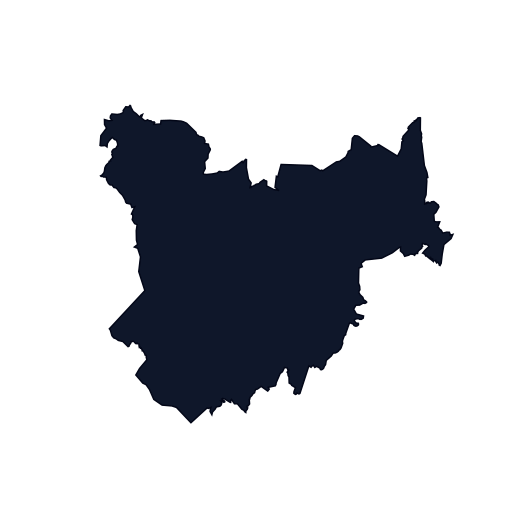 Taxco de Alarcón, Guerrero, Mexico, rotated 16°
{"feature_id": "50627088B64619334383932", "entity_name": "Taxco de Alarcón", "entity_type": "district", "adm_level": 2, "iso_a3": "MEX", "parent_name": "Mexico", "parent_adm1": "Guerrero", "projection": "mercator", "projection_center": [-99.586, 18.522], "detail": "fine", "context": "isolated", "style": "filled", "palette": "ink", "viewbox_px": 512, "rotation_deg": 16, "n_neighbors": 0, "source": "geoboundaries", "source_scale": "gbopen_adm2", "svg_char_len": 6091}
<svg xmlns="http://www.w3.org/2000/svg" viewBox="0 0 512 512"><g transform="rotate(16 256 256)"><path d="M206.8,425.2L216.5,423.3L221.3,423.5L239.4,434.2L250.9,415.5L252.1,415.7L254.4,414.0L254.3,415.4L254.7,418.1L257.3,420.7L257.2,418.0L258.9,414.5L259.5,412.0L262.7,410.4L263.6,408.8L263.6,406.5L262.1,405.1L263.4,404.8L265.3,405.5L266.1,405.0L266.1,404.5L265.3,403.9L262.9,403.4L262.4,403.0L263.1,402.1L265.0,402.0L271.6,403.8L272.0,403.7L271.5,401.6L272.0,400.6L276.0,404.0L278.9,403.2L284.6,407.2L286.9,407.7L288.1,408.8L289.3,409.2L289.0,407.6L289.8,405.9L289.9,404.3L289.3,404.2L288.8,402.8L289.7,402.3L290.6,400.0L289.0,395.6L289.5,395.1L289.1,393.8L290.6,391.1L290.9,389.6L292.3,387.8L292.2,385.7L292.6,384.3L294.1,383.5L296.9,379.9L304.5,382.6L305.4,380.4L303.9,378.9L310.3,375.5L310.6,374.0L310.3,372.4L311.6,362.3L313.3,360.0L314.1,355.3L316.9,355.0L317.7,356.1L318.7,356.5L318.1,356.9L318.8,357.6L318.1,358.4L318.0,359.2L318.8,359.6L319.9,362.2L321.0,363.1L322.9,369.0L325.2,369.6L326.0,370.5L330.2,371.7L329.9,375.9L330.2,377.5L332.0,378.2L332.6,377.9L333.1,376.4L334.9,376.8L335.6,376.6L336.1,376.0L337.1,347.0L339.6,347.8L340.0,346.7L341.2,345.2L343.2,346.9L344.6,345.4L348.2,346.1L349.3,347.4L350.3,347.3L351.2,346.5L351.9,345.3L352.1,343.1L352.8,341.3L352.3,337.0L355.9,331.4L356.9,328.1L359.0,327.3L360.4,326.1L361.4,324.8L362.0,323.2L362.5,322.8L363.1,321.0L363.4,316.0L362.6,314.3L362.5,312.9L362.8,308.2L363.9,307.0L363.6,305.5L364.2,295.5L364.6,294.3L368.5,294.7L369.1,295.6L369.9,295.9L371.1,296.0L372.3,295.5L373.4,294.1L373.3,293.1L372.6,292.4L371.5,293.0L370.0,292.4L368.3,291.1L368.3,290.2L368.9,289.3L370.7,288.3L372.3,288.0L373.1,288.3L374.8,287.8L376.2,286.2L375.9,284.0L368.5,284.1L364.5,280.2L365.6,275.8L369.2,274.6L371.8,271.9L373.8,271.5L375.1,270.2L375.0,269.7L373.5,268.9L371.5,268.4L370.1,266.3L366.7,264.5L365.1,263.0L364.7,261.2L365.2,259.9L364.0,256.6L362.0,253.8L358.7,241.3L358.3,239.2L361.1,237.0L359.0,234.1L362.2,229.6L377.4,223.4L386.2,215.3L391.2,208.5L392.5,207.5L393.4,211.3L397.0,213.1L399.0,215.3L402.6,213.1L403.9,211.6L406.5,211.1L408.3,211.6L408.5,210.6L408.2,210.0L410.6,209.0L410.1,207.7L410.5,207.6L410.7,206.3L413.1,202.8L412.9,202.1L413.5,200.7L412.6,200.2L412.6,198.0L415.5,198.3L415.7,197.6L418.8,198.4L419.6,199.4L416.8,204.0L415.4,207.3L417.7,207.6L419.1,209.2L419.8,208.9L424.3,210.9L424.5,209.6L425.2,210.7L426.6,210.2L426.9,210.9L426.2,211.6L428.0,212.4L427.9,211.7L430.0,210.8L430.3,211.7L431.6,212.9L432.5,211.7L434.4,213.4L434.5,214.1L435.5,214.4L436.0,211.9L434.5,202.9L433.5,193.2L438.7,185.5L439.3,181.0L436.9,182.5L436.7,181.5L436.2,181.5L435.4,179.9L432.8,180.5L429.2,182.5L426.8,180.1L425.2,179.7L423.7,178.4L422.7,178.3L423.2,172.5L420.0,173.5L418.2,173.6L417.7,173.2L415.4,166.9L416.9,164.5L418.3,158.4L417.0,156.6L415.8,156.5L415.3,155.9L411.9,154.6L409.6,155.6L409.1,157.2L408.6,157.4L407.0,156.7L406.3,156.9L406.5,157.8L405.9,158.3L405.6,157.5L405.2,157.5L404.7,159.0L403.8,159.6L403.0,156.5L402.2,155.1L402.6,150.4L399.5,136.7L398.9,135.4L398.6,133.4L399.5,133.1L397.3,128.6L392.9,122.6L384.3,102.0L383.2,100.5L382.5,96.0L381.8,95.2L381.5,92.9L379.3,89.9L376.0,77.9L375.5,77.8L373.6,78.6L373.2,80.0L372.5,80.7L372.8,81.3L372.3,82.4L371.7,82.0L370.8,82.7L371.1,84.1L369.9,84.6L367.0,90.0L367.7,91.0L366.9,91.4L368.2,92.7L364.4,100.4L364.6,102.8L364.2,103.3L365.8,104.7L364.8,106.0L366.1,113.1L364.5,121.0L343.4,115.1L342.5,115.3L342.7,116.2L336.6,119.6L336.1,118.7L322.6,113.0L320.6,112.6L317.6,113.2L316.2,116.3L318.2,127.6L315.8,130.0L316.0,131.5L315.1,136.0L310.4,141.9L307.3,143.4L296.7,155.7L295.6,155.3L294.1,156.3L284.8,153.6L254.9,161.1L255.1,174.0L253.6,173.7L255.4,184.8L260.2,186.7L254.6,187.2L246.9,185.7L245.7,181.2L244.8,180.9L244.3,181.2L242.5,180.5L239.6,184.0L239.1,185.6L236.3,187.0L235.5,188.4L234.8,188.5L234.4,189.4L232.8,190.3L232.5,191.5L231.4,192.0L231.2,187.1L227.6,184.2L222.4,173.7L220.3,166.0L219.5,165.9L218.3,167.9L218.2,169.6L217.8,170.0L216.6,168.8L206.6,181.8L201.1,184.4L197.3,184.8L195.9,186.9L191.3,189.2L186.0,191.3L183.1,191.8L182.6,191.5L182.3,190.1L183.1,185.9L180.6,179.5L182.8,175.1L181.9,171.3L182.8,166.5L182.4,165.5L180.7,164.1L179.4,161.6L175.5,162.0L175.3,159.5L173.2,156.8L171.1,156.5L168.0,156.6L167.0,155.9L166.1,155.9L165.1,155.2L164.2,153.7L152.7,147.5L149.3,147.0L146.7,147.0L135.8,149.3L127.4,152.0L127.9,155.4L121.4,157.7L121.2,157.1L121.9,155.8L121.3,155.2L118.8,155.8L117.8,155.0L116.2,155.4L114.1,155.0L113.2,156.0L111.8,156.6L108.3,155.2L107.9,154.8L107.7,153.8L107.9,151.2L106.4,152.6L106.2,154.5L105.2,154.2L101.8,152.3L98.1,150.9L94.9,147.7L94.1,146.3L93.4,146.0L92.5,147.9L89.7,148.4L88.2,152.7L88.7,153.5L88.6,155.0L86.3,156.9L83.6,158.2L78.3,159.2L77.5,161.4L77.8,163.4L80.2,165.3L77.3,166.6L72.7,166.6L74.2,171.4L77.1,174.3L73.7,183.1L75.6,192.7L76.7,192.8L80.6,191.4L82.7,192.2L82.1,188.7L82.9,185.9L85.1,181.6L87.8,183.0L90.0,183.2L91.7,185.6L92.9,188.4L92.1,188.8L91.7,191.1L89.5,192.8L88.9,194.2L88.7,195.8L89.7,196.6L89.4,198.1L91.2,200.6L89.6,204.1L90.0,204.8L88.7,205.5L88.9,206.7L87.2,209.4L87.4,209.9L86.8,210.4L86.4,212.9L86.9,216.3L86.8,218.1L85.6,220.7L84.5,221.8L85.1,222.2L86.8,221.8L87.9,222.1L89.2,221.6L90.5,221.7L91.4,223.9L94.2,226.9L96.2,227.9L98.0,227.4L100.5,229.3L102.4,229.1L103.9,229.7L107.5,232.5L110.9,234.4L114.7,238.1L115.8,240.0L117.0,240.9L121.3,240.7L123.4,243.6L125.9,242.0L124.7,250.0L126.0,250.3L126.9,252.5L127.0,255.2L130.4,258.3L133.1,258.6L133.9,264.6L136.7,273.7L139.0,277.6L136.6,280.9L140.2,281.2L145.2,288.7L147.6,303.3L158.7,319.9L135.1,366.4L136.4,367.4L139.5,372.3L141.8,373.9L144.6,374.2L146.9,375.1L151.6,374.9L158.0,378.4L158.8,377.7L158.8,376.6L159.7,373.8L159.5,372.5L160.4,372.5L161.2,371.8L162.2,371.9L164.4,373.3L165.3,373.2L165.7,372.3L166.9,373.1L167.9,372.9L168.5,373.8L168.2,374.4L169.0,375.9L169.4,375.4L170.4,376.5L171.1,376.1L171.7,377.0L172.4,377.3L172.7,378.5L173.9,378.5L176.0,380.6L176.7,381.8L178.0,381.8L178.4,383.6L179.7,385.8L175.1,396.2L173.3,403.5L182.2,409.4L185.8,410.0L190.4,413.7L197.3,422.0L206.8,425.2Z" fill="#0f172a" stroke="#020617" stroke-width="1.5"/></g></svg>